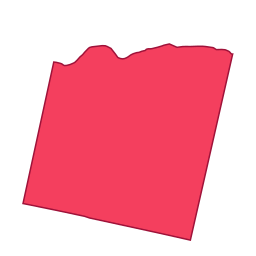 Adams, Illinois, United States of America (Robinson projection), rotated 102°
{"feature_id": "52423323B85732268037337", "entity_name": "Adams", "entity_type": "district", "adm_level": 2, "iso_a3": "USA", "parent_name": "United States of America", "parent_adm1": "Illinois", "projection": "robinson", "projection_center": [-91.398, 39.979], "detail": "fine", "context": "isolated", "style": "filled", "palette": "rose", "viewbox_px": 256, "rotation_deg": 102, "n_neighbors": 0, "source": "geoboundaries", "source_scale": "gbopen_adm2", "svg_char_len": 948}
<svg xmlns="http://www.w3.org/2000/svg" viewBox="0 0 256 256"><g transform="rotate(102 128 128)"><path d="M224.3,78.4L224.7,43.7L33.9,41.0L34.1,41.7L33.8,42.7L32.5,44.4L32.0,45.4L31.4,48.4L31.3,49.4L31.7,52.6L32.9,57.6L32.9,58.1L31.8,60.9L31.7,61.7L32.2,69.2L32.5,71.6L33.6,76.9L35.3,83.7L36.3,88.6L37.0,91.5L38.9,96.8L37.2,105.0L39.6,110.2L40.6,111.7L42.8,115.7L45.4,121.1L46.0,122.9L46.2,124.2L46.7,125.5L47.2,126.4L48.5,127.2L48.7,127.5L50.1,130.5L51.7,132.9L52.5,135.2L54.3,138.4L55.8,140.3L56.3,140.8L58.3,142.6L59.4,143.8L60.7,145.6L61.5,147.7L61.6,149.9L61.3,152.1L61.0,152.8L58.4,155.6L53.7,161.2L52.6,165.3L52.3,167.3L52.8,170.3L56.1,180.1L57.1,182.1L58.2,183.2L63.0,186.2L65.7,187.6L68.4,189.7L72.3,191.9L74.8,193.6L75.7,194.6L78.0,197.9L79.5,200.9L80.1,203.0L80.0,204.0L79.0,206.2L78.8,208.0L78.7,211.9L78.9,214.3L223.7,215.0L223.4,180.3L223.4,152.1L224.0,146.8L224.3,78.4Z" fill="#f43f5e" stroke="#9f1239" stroke-width="1.5"/></g></svg>